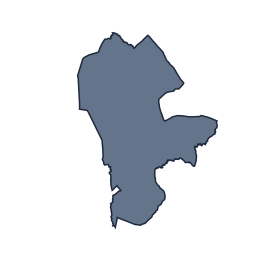 outline of Kilindi, Tanga, United Republic of Tanzania, rotated 317°
{"feature_id": "72390352B98761165374808", "entity_name": "Kilindi", "entity_type": "district", "adm_level": 2, "iso_a3": "TZA", "parent_name": "United Republic of Tanzania", "parent_adm1": "Tanga", "projection": "mercator", "projection_center": [37.598, -5.503], "detail": "fine", "context": "isolated", "style": "filled", "palette": "slate", "viewbox_px": 256, "rotation_deg": 317, "n_neighbors": 0, "source": "geoboundaries", "source_scale": "gbopen_adm2", "svg_char_len": 5795}
<svg xmlns="http://www.w3.org/2000/svg" viewBox="0 0 256 256"><g transform="rotate(317 128 128)"><path d="M50.9,192.0L58.6,186.7L59.1,186.1L61.8,192.0L63.1,194.4L67.0,202.7L67.7,203.9L68.7,204.9L70.8,207.6L72.1,207.8L75.6,209.4L78.3,209.2L84.9,209.3L85.9,208.6L87.2,208.2L87.9,208.4L89.8,208.1L90.1,208.3L90.8,208.4L91.2,208.0L91.9,207.6L92.9,208.0L94.2,207.7L96.2,205.9L98.5,205.9L98.9,206.2L99.6,206.3L100.3,206.3L103.2,205.1L105.8,205.3L106.6,204.9L108.2,203.6L109.5,201.9L110.7,199.7L111.0,198.7L111.2,197.6L110.8,196.5L110.9,195.0L110.7,194.1L110.4,193.4L111.1,192.0L110.9,189.9L111.1,187.7L111.5,186.3L112.0,185.4L113.5,183.7L114.9,181.2L116.3,179.9L118.9,177.0L119.9,176.6L120.9,177.1L121.5,176.9L121.9,176.6L122.0,176.6L122.1,176.9L122.4,177.0L122.4,177.4L122.9,177.9L123.2,177.9L123.7,177.4L124.5,177.6L124.9,178.2L124.9,178.7L125.1,178.8L124.9,179.1L125.0,179.2L125.1,179.9L125.8,179.9L126.1,180.5L126.4,180.6L127.0,179.1L127.7,179.0L127.9,178.9L128.2,179.2L128.8,179.1L128.9,179.8L129.4,180.0L129.7,179.4L130.8,179.9L131.6,179.7L131.7,179.8L132.0,179.6L132.2,180.2L132.4,180.3L132.8,179.9L132.7,179.3L133.0,179.2L133.3,179.6L134.0,179.7L134.4,178.9L134.8,178.5L135.0,178.5L135.1,179.0L135.5,179.0L135.6,179.5L135.9,179.5L136.0,179.8L137.1,180.1L137.3,181.1L137.7,181.0L137.8,181.1L137.8,181.4L138.4,182.9L138.8,183.4L139.6,183.1L140.5,182.5L140.8,182.6L141.2,182.7L141.4,183.3L142.1,183.7L143.0,184.9L143.3,184.9L143.5,184.8L143.9,185.1L144.0,185.5L145.1,185.3L146.0,185.8L145.9,186.0L146.1,186.6L146.1,187.4L146.6,188.3L146.4,188.7L146.6,189.3L146.6,190.4L146.4,192.0L146.5,192.5L147.9,193.4L148.5,194.4L148.8,194.3L149.0,194.5L149.0,195.0L149.9,195.1L150.0,195.6L149.8,196.3L149.9,196.6L149.9,197.9L149.6,198.7L149.8,199.4L149.9,200.7L150.4,201.2L150.7,201.2L151.3,200.9L155.3,198.6L159.1,195.1L159.4,194.6L159.5,194.0L160.2,193.3L160.7,192.2L161.8,191.3L161.8,190.6L162.1,190.1L162.5,189.9L162.6,189.6L162.6,189.1L162.9,189.0L163.0,188.6L163.4,188.1L163.6,187.9L164.1,187.0L164.4,187.0L164.4,187.4L164.5,187.5L164.5,187.8L164.7,188.0L164.7,188.3L165.6,188.9L165.7,188.7L165.8,188.8L165.9,188.6L166.7,188.5L167.4,188.1L168.0,187.4L168.2,187.8L168.2,188.5L169.5,188.5L170.0,188.7L169.8,188.9L169.9,189.3L169.4,189.8L169.9,190.1L169.9,190.6L169.8,191.1L171.0,191.1L171.4,190.6L171.7,190.8L172.4,190.8L172.5,191.1L172.9,191.5L173.1,191.9L173.0,192.4L173.2,192.7L173.3,192.5L173.4,191.9L173.9,191.9L174.0,192.3L174.4,192.0L174.8,192.3L175.1,192.2L175.3,192.3L176.1,191.4L177.0,191.7L176.9,191.3L178.9,190.8L179.8,190.4L180.3,190.3L181.2,190.5L182.2,190.6L183.3,191.0L185.3,191.0L187.2,191.6L187.8,191.6L188.2,190.8L189.1,190.7L189.1,190.3L189.4,189.9L189.7,190.1L189.9,189.9L189.8,189.5L189.9,189.2L190.2,189.0L190.3,188.6L190.7,188.7L191.2,188.4L191.7,188.3L193.3,188.4L194.0,187.6L194.8,187.1L196.3,184.5L197.0,183.9L197.9,183.6L197.4,182.4L197.2,182.2L197.1,181.6L196.2,179.9L195.9,178.8L193.6,174.4L190.9,170.1L189.7,168.6L188.0,168.4L186.4,166.7L184.5,165.4L183.8,164.6L181.4,162.6L178.9,159.8L177.1,157.4L172.8,152.8L170.1,151.3L170.1,151.2L167.6,150.0L165.5,149.7L161.3,148.6L160.0,147.9L159.5,147.6L159.5,147.2L159.9,145.7L160.3,145.2L161.1,142.7L161.3,142.7L162.0,141.2L162.9,138.7L165.2,134.3L168.0,130.2L169.9,128.2L170.3,128.0L178.9,128.0L180.2,128.5L181.4,128.7L185.0,131.0L185.9,131.9L187.4,132.1L188.5,131.7L189.3,131.9L190.8,132.9L191.3,133.8L191.5,134.0L194.2,134.0L197.3,133.7L199.1,133.3L199.5,133.0L199.6,127.7L199.8,127.5L199.9,127.1L200.9,121.8L202.3,116.1L202.5,114.2L202.1,110.5L202.1,109.7L202.5,108.8L202.4,108.0L202.5,107.5L202.2,105.5L203.0,102.9L204.0,100.2L204.3,98.8L205.2,96.8L205.4,92.3L205.3,88.0L205.5,86.1L205.6,81.9L205.9,76.0L205.7,73.7L200.8,73.8L197.0,74.0L191.4,73.5L187.6,73.9L186.8,73.8L186.7,73.1L187.2,72.9L187.1,72.3L187.4,71.6L187.2,71.4L187.3,71.3L187.2,70.8L186.8,70.3L186.7,70.0L187.2,69.5L187.2,69.2L186.5,68.4L185.5,67.8L185.0,67.0L185.1,65.9L185.1,65.1L185.4,64.8L185.2,64.4L184.5,63.9L184.5,63.6L184.1,62.9L184.2,62.7L183.6,62.4L183.4,61.6L183.6,61.3L183.9,61.4L183.9,60.2L184.1,60.2L184.2,59.6L184.1,59.2L184.1,58.9L183.9,58.3L184.0,57.7L184.4,57.0L184.5,56.6L184.3,56.1L184.5,55.7L184.5,55.1L184.8,54.8L184.3,54.5L184.4,54.1L183.8,53.1L184.0,53.0L184.3,52.4L183.9,51.6L183.9,51.2L183.5,51.1L183.1,50.5L183.2,50.3L183.0,49.3L182.9,49.2L182.3,49.2L182.1,48.6L182.1,48.1L181.6,47.8L181.5,48.7L181.2,49.1L180.8,49.2L180.3,49.2L180.1,49.4L179.4,49.3L179.3,49.1L179.0,49.4L178.7,49.2L178.4,49.4L178.2,49.2L177.5,49.4L177.4,49.7L177.1,49.8L176.9,50.7L176.3,50.8L175.8,50.7L175.2,49.5L174.8,49.3L174.4,48.9L173.9,48.9L172.6,48.3L172.3,48.1L172.1,47.6L171.6,47.3L166.7,48.5L161.7,50.5L158.6,52.2L157.3,52.0L149.4,48.0L144.2,46.6L142.1,46.6L126.7,55.5L125.6,57.6L122.3,61.5L108.9,77.5L105.4,81.2L110.0,87.1L110.0,88.6L100.7,119.2L94.1,127.6L92.2,129.7L90.6,131.7L89.6,132.5L87.8,133.5L87.7,133.7L87.2,135.7L86.9,136.4L85.9,137.6L85.7,139.1L85.9,139.4L87.4,140.1L88.6,141.4L88.5,141.7L87.6,143.6L87.6,143.8L88.7,144.1L88.8,144.2L88.8,144.4L88.0,145.2L86.7,146.1L86.7,146.6L87.2,146.9L87.0,147.3L86.7,147.5L86.3,148.2L86.1,148.3L85.9,148.0L85.0,147.7L83.9,148.0L83.4,148.4L83.4,150.2L82.5,152.0L81.1,153.0L78.1,156.4L77.0,157.5L73.9,162.8L75.9,162.9L77.6,162.6L79.2,162.7L80.5,162.6L80.3,163.6L80.3,168.7L79.6,168.7L79.8,168.2L78.8,168.2L77.2,167.9L73.8,167.9L72.7,167.6L72.4,167.4L71.9,167.4L71.0,167.0L69.8,168.4L68.8,169.2L67.9,169.8L67.3,170.7L66.8,171.0L66.0,171.9L65.4,171.7L63.6,171.5L63.2,172.9L62.5,173.1L61.3,173.9L61.0,174.4L60.1,176.2L59.1,177.1L58.9,177.7L57.0,180.5L55.8,181.0L55.2,181.1L54.6,182.2L54.7,182.7L54.6,183.2L54.1,183.3L53.4,183.8L53.0,184.3L52.5,186.5L51.7,187.5L51.5,188.4L50.7,189.0L50.1,189.1L50.2,189.4L50.9,189.8L51.4,190.7L51.0,191.6L50.9,192.0Z" fill="#64748b" stroke="#1e293b" stroke-width="1.5"/></g></svg>